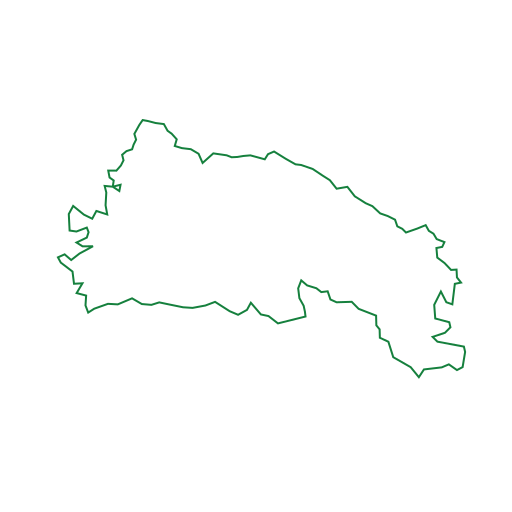 Jacutinga, Rio Grande do Sul, Brazil, rotated 256°
{"feature_id": "56859067B55904533965015", "entity_name": "Jacutinga", "entity_type": "district", "adm_level": 2, "iso_a3": "BRA", "parent_name": "Brazil", "parent_adm1": "Rio Grande do Sul", "projection": "albers", "projection_center": [-52.547, -27.784], "detail": "fine", "context": "isolated", "style": "outline", "palette": "green", "viewbox_px": 512, "rotation_deg": 256, "n_neighbors": 0, "source": "geoboundaries", "source_scale": "gbopen_adm2", "svg_char_len": 2060}
<svg xmlns="http://www.w3.org/2000/svg" viewBox="0 0 512 512"><g transform="rotate(256 256 256)"><path d="M99.0,384.7L105.3,391.5L103.0,409.3L104.2,416.9L96.7,423.4L98.2,429.6L112.3,435.7L117.8,435.8L129.0,411.3L134.8,407.8L135.8,420.8L139.8,427.4L145.0,427.5L152.0,414.8L165.5,417.1L176.8,426.8L165.1,429.5L161.6,434.8L180.9,442.2L180.6,448.5L186.6,445.8L194.3,447.3L195.3,441.9L203.6,437.2L210.6,431.5L220.1,433.0L219.8,438.9L223.9,442.2L228.7,435.4L234.7,433.6L238.6,429.8L244.9,428.1L243.6,419.1L242.5,407.2L247.0,404.5L250.6,400.3L257.6,399.7L262.9,393.5L267.3,386.8L276.2,381.0L280.7,375.2L290.0,366.3L301.0,361.4L301.8,350.5L311.7,346.0L317.9,340.1L326.7,332.1L333.4,321.8L335.4,316.5L343.2,308.3L353.0,298.8L351.9,292.3L347.7,287.9L351.2,281.7L355.0,274.9L356.1,268.0L356.6,261.9L357.7,256.3L360.8,251.9L365.9,239.4L359.2,226.7L369.1,225.0L375.4,218.6L378.6,210.2L382.4,203.8L388.4,207.3L395.0,203.8L398.9,200.5L406.3,198.5L409.3,190.8L413.0,184.0L415.3,178.9L411.5,174.6L403.9,167.5L397.9,167.8L393.7,164.2L389.5,161.6L389.1,155.7L386.6,150.6L380.9,150.6L376.5,146.8L372.6,141.2L374.6,133.3L367.6,132.9L363.7,136.2L357.9,133.8L360.6,126.1L353.8,126.1L341.6,122.3L332.3,121.7L338.3,112.0L331.8,106.1L337.8,99.0L348.8,90.7L342.0,84.5L325.8,81.3L323.2,87.7L324.5,98.7L319.6,99.3L314.8,96.3L312.5,85.1L307.3,90.1L304.9,100.2L301.1,85.4L296.8,75.7L303.9,70.7L302.6,63.5L296.8,65.0L285.3,74.2L273.1,72.7L271.5,81.0L263.4,73.0L258.7,81.6L249.3,78.6L241.7,79.5L244.0,86.3L245.4,100.8L242.5,110.2L244.9,125.5L237.0,133.6L233.9,142.7L234.4,150.9L230.0,160.0L223.9,172.8L221.0,181.9L220.2,194.9L221.4,205.2L208.8,217.1L203.3,224.4L205.9,234.2L211.9,239.7L198.1,246.6L194.7,253.6L185.3,261.0L185.3,289.4L190.2,290.0L196.2,290.2L204.6,287.9L214.4,289.1L221.4,294.0L215.1,298.5L210.1,306.8L205.2,310.6L204.4,317.0L195.8,317.7L191.6,323.0L188.4,337.8L179.9,342.8L169.1,358.1L159.6,356.0L154.9,358.2L146.7,356.4L140.8,363.7L124.6,364.7L110.7,379.2L99.0,384.7ZM357.9,133.8L357.9,141.8L352.1,139.1L357.9,133.8Z" fill="none" stroke="#15803d" stroke-width="2"/></g></svg>